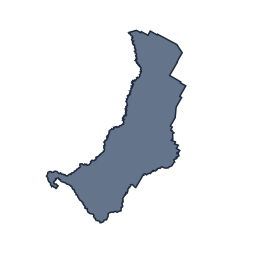 Goondiwindi, Queensland, Australia, rotated 112°
{"feature_id": "25037944B7624735907381", "entity_name": "Goondiwindi", "entity_type": "district", "adm_level": 2, "iso_a3": "AUS", "parent_name": "Australia", "parent_adm1": "Queensland", "projection": "orthographic", "projection_center": [150.069, -28.463], "detail": "fine", "context": "isolated", "style": "filled", "palette": "slate", "viewbox_px": 256, "rotation_deg": 112, "n_neighbors": 0, "source": "geoboundaries", "source_scale": "gbopen_adm2", "svg_char_len": 5958}
<svg xmlns="http://www.w3.org/2000/svg" viewBox="0 0 256 256"><g transform="rotate(112 128 128)"><path d="M201.2,185.2L203.3,185.5L204.3,183.6L205.6,183.1L207.3,181.4L208.1,179.2L209.7,178.5L210.2,177.1L211.0,176.8L210.0,175.9L210.5,174.7L210.6,173.0L211.1,172.1L210.2,171.6L209.0,171.7L208.5,171.2L207.8,171.2L207.7,172.1L206.8,173.3L207.3,174.7L207.0,176.1L206.1,176.7L206.0,176.4L205.1,176.4L203.7,175.6L202.7,175.7L202.6,176.2L202.0,176.0L202.0,175.2L201.0,175.0L200.4,173.9L200.7,173.1L201.4,172.9L201.2,171.5L201.7,171.5L202.3,170.6L202.6,168.8L202.3,165.5L203.0,163.4L202.6,162.6L202.7,161.2L203.0,159.8L203.4,159.4L203.2,158.5L205.2,156.6L205.5,155.9L205.3,154.8L205.9,154.2L206.4,154.3L207.5,153.0L207.8,152.1L209.5,150.9L209.2,149.8L210.8,148.5L212.9,145.6L213.4,143.2L214.4,142.3L214.4,141.3L215.5,141.0L216.9,138.3L217.6,138.0L218.2,138.2L218.6,137.4L218.3,136.1L217.9,135.5L219.4,135.1L221.1,133.4L221.6,130.9L221.1,129.5L221.1,127.7L221.9,126.8L222.7,126.9L223.9,125.7L224.1,124.2L225.2,123.9L225.6,122.8L225.0,119.6L226.2,118.5L225.8,118.0L226.0,117.6L224.0,115.6L222.2,115.6L221.4,114.3L221.5,113.9L220.6,113.4L219.9,113.6L217.7,113.3L214.6,114.3L212.1,112.0L211.7,110.0L210.3,109.0L209.9,107.9L210.2,107.5L210.2,106.4L209.0,105.6L207.4,103.4L204.3,104.6L203.9,104.0L202.9,103.5L202.2,103.7L201.8,104.4L200.8,104.8L200.3,105.4L199.4,105.5L198.9,105.4L198.9,105.0L198.1,104.9L197.3,105.8L196.6,105.6L195.6,106.5L190.8,105.8L190.9,105.3L190.0,105.1L189.3,105.8L188.3,105.6L188.5,104.4L186.4,104.6L185.1,105.1L182.7,104.9L182.8,104.4L180.5,103.9L179.6,104.3L179.2,103.9L178.9,102.3L180.2,99.6L180.3,98.5L166.2,96.4L165.9,95.6L164.8,96.1L164.0,95.2L164.5,93.3L162.6,92.0L162.0,91.2L161.9,90.2L159.5,89.5L158.8,88.4L158.2,88.9L157.7,88.5L157.7,86.7L156.9,86.0L155.8,85.9L155.8,85.5L154.8,85.4L153.6,84.3L153.4,83.1L151.4,82.4L151.3,78.8L150.5,76.8L149.7,75.6L148.4,75.2L147.6,74.0L146.4,73.1L142.6,72.5L142.1,72.0L140.3,73.7L138.1,71.5L137.6,72.1L136.9,71.6L136.8,72.2L134.7,70.4L132.8,71.8L133.5,72.8L133.1,73.4L132.5,73.3L131.3,71.9L129.4,71.6L128.8,75.4L125.1,74.9L125.3,78.8L123.1,78.8L123.2,83.3L122.1,83.1L121.5,82.2L116.8,84.5L115.3,83.5L114.4,86.2L114.0,86.2L114.3,86.7L113.9,87.7L110.6,87.3L110.3,89.5L100.8,88.1L90.6,91.2L79.6,89.7L79.3,91.9L67.3,90.2L66.5,96.5L65.5,96.4L63.7,109.1L48.5,106.9L48.4,107.2L45.2,107.0L38.0,105.9L32.3,114.1L30.0,135.8L30.8,135.9L29.8,143.7L34.5,144.2L33.7,151.8L34.9,151.9L34.3,156.7L38.7,162.5L39.0,162.0L39.6,163.0L40.1,162.2L39.5,161.8L41.2,159.7L41.2,158.4L42.3,157.5L42.8,158.1L43.4,157.4L44.5,157.8L45.6,156.8L45.3,155.5L46.8,155.9L46.9,155.5L47.2,155.7L48.1,155.2L48.6,154.5L48.6,153.5L49.0,153.4L48.8,153.0L50.5,152.0L51.3,152.1L51.7,151.0L52.6,150.7L52.7,150.1L53.3,150.3L53.9,149.7L54.4,150.4L54.6,149.6L55.5,149.5L55.3,149.2L56.3,147.7L57.8,148.0L57.9,147.4L58.6,147.5L58.7,146.7L59.8,146.6L59.9,146.2L60.1,146.3L60.6,145.6L61.2,146.3L61.4,145.9L61.9,146.3L62.1,146.0L62.7,146.6L63.1,145.1L63.9,144.9L64.5,144.2L64.3,144.0L64.7,143.9L64.7,143.2L65.2,143.3L64.7,143.0L65.5,142.6L65.9,141.6L65.5,141.2L66.6,140.5L66.3,139.8L67.2,139.2L67.2,138.4L68.8,138.3L69.2,137.4L69.9,137.6L70.5,137.0L70.7,137.3L70.8,136.8L71.4,136.9L71.5,137.4L72.6,136.8L74.1,137.0L74.3,137.3L75.3,136.5L76.7,136.7L77.5,137.2L77.4,137.9L78.0,137.8L77.9,138.6L78.3,138.9L79.4,138.3L80.5,138.7L80.9,139.8L81.5,140.1L81.9,139.6L82.0,140.2L82.7,140.7L82.3,141.3L83.1,141.6L83.9,141.0L84.0,141.5L84.6,141.2L84.9,141.5L85.1,141.0L84.8,140.8L85.3,140.4L85.0,140.5L84.9,140.1L86.3,139.8L86.1,139.5L86.7,139.6L86.5,140.0L87.4,140.2L87.5,139.8L87.8,140.3L87.9,139.7L88.5,139.5L88.8,140.0L89.4,139.7L89.7,139.9L89.7,139.5L90.5,139.9L92.5,139.2L93.0,140.1L93.2,139.5L93.8,139.1L94.4,139.1L94.8,139.6L95.5,139.1L95.9,139.3L96.0,138.9L96.4,139.3L96.9,139.0L97.1,139.7L98.0,139.8L97.7,140.0L97.9,140.3L98.2,140.0L98.6,140.5L99.3,139.6L99.9,139.4L100.8,139.8L101.2,139.6L101.6,140.2L102.3,139.4L103.1,139.7L103.8,139.4L104.1,139.8L105.3,138.2L106.8,137.6L106.8,137.2L107.6,137.0L108.2,137.6L108.9,137.3L109.1,137.9L109.7,137.6L109.8,137.0L110.6,137.2L110.8,136.9L111.3,137.5L111.4,136.9L112.2,137.0L112.2,135.9L113.5,136.4L113.8,136.1L113.7,135.8L114.3,135.5L115.0,136.0L115.3,135.5L115.4,136.0L115.5,135.5L116.1,135.4L116.1,135.0L116.4,134.7L116.6,135.3L117.6,134.8L117.7,135.8L118.5,135.2L118.2,135.8L118.8,135.9L118.8,136.2L118.4,136.3L118.8,136.6L119.2,136.1L120.7,136.7L120.7,136.1L121.8,136.2L122.1,135.6L121.9,135.2L122.5,135.5L122.3,135.0L122.9,135.1L124.7,133.9L125.5,134.2L126.2,133.7L126.8,134.6L128.2,135.3L128.8,136.4L130.4,136.8L130.4,137.7L131.2,137.9L131.2,138.5L131.6,138.6L131.2,139.3L131.7,139.6L131.7,140.4L132.9,140.8L132.9,141.5L133.9,140.9L134.9,141.5L134.7,142.8L135.6,142.9L136.8,143.9L137.8,143.9L138.0,144.3L139.0,143.6L139.5,143.9L139.9,143.4L141.8,143.8L142.6,143.2L143.6,143.6L142.6,144.0L142.8,144.3L144.4,144.5L144.7,143.9L144.2,143.5L144.6,143.1L145.1,143.8L146.6,143.3L147.9,144.0L147.9,144.5L149.1,144.7L149.6,144.3L150.1,145.0L150.8,144.1L153.0,142.9L153.6,143.8L154.3,143.2L155.6,143.0L155.6,142.5L156.8,141.7L158.5,141.6L158.7,142.1L159.6,142.0L161.7,143.4L163.2,143.5L163.2,144.2L165.4,144.8L166.4,146.0L166.8,145.8L167.1,146.5L167.5,146.1L167.9,146.6L168.6,146.0L169.5,146.0L170.0,146.8L170.7,146.9L171.1,147.4L171.2,148.7L171.6,149.5L172.1,149.3L172.6,149.9L173.4,150.0L173.9,149.5L174.5,149.6L176.6,150.3L177.9,152.0L177.9,152.7L177.2,152.9L177.7,153.6L177.6,154.5L178.2,154.5L178.9,155.2L178.4,157.1L179.0,158.5L179.6,158.6L179.6,159.0L180.9,158.6L181.7,157.8L183.1,158.0L183.2,158.6L184.6,159.1L185.1,159.9L187.1,160.3L188.0,161.5L188.7,161.4L189.8,161.9L190.9,163.5L191.9,163.9L192.3,163.5L192.8,165.0L195.1,166.3L195.5,167.9L194.8,169.0L195.5,169.7L195.1,170.2L195.6,172.5L194.8,173.6L195.8,174.1L195.7,175.0L196.1,175.3L195.0,177.3L195.2,179.1L196.0,180.3L196.8,180.3L197.9,182.3L197.3,182.9L197.7,184.5L199.3,185.6L201.2,185.2Z" fill="#64748b" stroke="#1e293b" stroke-width="1.5"/></g></svg>